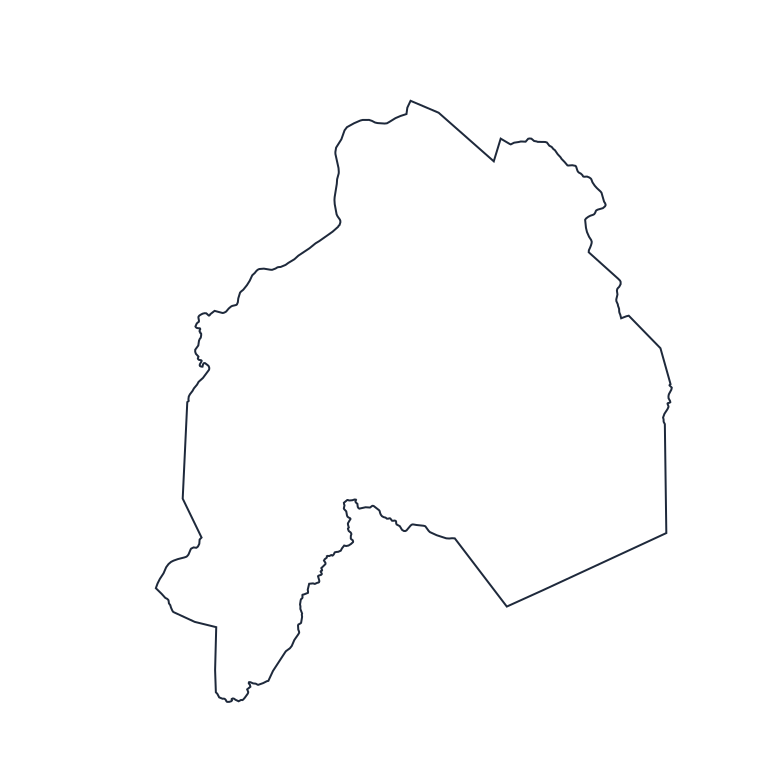 Jesus de Otoro, Intibucá, Honduras (Albers equal-area conic projection), rotated 254°
{"feature_id": "27666195B82528281460638", "entity_name": "Jesus de Otoro", "entity_type": "district", "adm_level": 2, "iso_a3": "HND", "parent_name": "Honduras", "parent_adm1": "Intibucá", "projection": "albers", "projection_center": [-88.024, 14.542], "detail": "fine", "context": "isolated", "style": "outline", "palette": "slate", "viewbox_px": 768, "rotation_deg": 254, "n_neighbors": 0, "source": "geoboundaries", "source_scale": "gbopen_adm2", "svg_char_len": 6154}
<svg xmlns="http://www.w3.org/2000/svg" viewBox="0 0 768 768"><g transform="rotate(254 384 384)"><path d="M250.6,108.4L243.6,112.4L238.7,114.8L237.3,116.3L236.0,117.1L235.1,117.2L232.4,116.8L230.3,117.6L227.9,117.6L224.9,118.0L223.3,118.4L222.5,119.1L207.5,136.5L196.5,155.7L155.6,142.8L134.0,137.4L132.1,138.4L128.2,139.2L126.0,142.0L125.6,143.5L125.2,144.1L124.0,144.8L122.4,145.1L121.7,145.6L121.1,147.6L121.2,149.9L121.8,150.7L122.8,150.6L123.2,150.8L123.4,152.1L122.8,153.1L121.3,154.3L119.1,156.8L119.7,159.5L119.2,160.7L119.4,161.5L120.7,163.6L124.0,167.8L125.3,168.6L128.2,168.3L129.8,172.1L131.7,172.2L133.5,171.5L134.1,171.7L134.6,172.2L134.1,173.5L132.3,175.6L131.3,178.1L129.8,179.6L129.5,180.2L129.8,185.4L130.6,189.5L130.5,191.0L138.8,198.2L153.7,215.4L154.3,216.3L155.9,220.7L157.6,223.1L162.7,227.3L167.0,232.6L168.3,233.9L169.4,234.1L171.6,233.9L175.6,234.8L176.4,235.4L176.9,237.7L177.3,238.5L181.7,240.6L182.8,241.1L184.9,241.4L185.9,242.0L190.8,241.6L193.4,242.4L195.2,242.5L199.3,244.4L200.2,245.2L200.5,246.2L201.2,246.8L203.7,247.4L203.9,247.9L203.8,249.1L204.2,253.3L205.0,253.7L207.3,254.0L212.6,257.0L211.9,260.8L210.9,262.4L211.3,265.3L211.2,266.3L211.4,266.9L212.1,267.4L213.1,267.6L217.4,267.6L217.8,268.4L217.9,271.0L218.3,271.7L218.8,271.9L221.2,271.4L221.6,271.9L221.6,272.7L221.9,273.1L222.4,273.2L224.3,273.0L227.0,278.0L227.6,278.3L228.4,278.4L230.8,277.6L231.9,278.7L232.8,281.0L233.4,281.4L234.2,281.6L234.3,282.5L233.7,284.0L234.1,286.1L233.9,286.6L233.3,287.0L233.3,287.5L234.0,288.7L235.7,290.2L235.7,291.9L235.3,293.7L235.7,296.5L237.6,298.3L239.7,301.2L238.7,302.9L238.5,305.4L239.3,308.1L240.5,310.6L241.1,310.9L242.3,310.9L244.1,309.6L244.7,309.5L247.3,310.3L248.5,311.2L249.4,311.3L250.5,311.0L252.4,309.6L254.7,309.4L255.1,309.6L255.7,310.6L258.7,310.6L260.0,310.9L262.7,313.7L263.2,314.4L263.7,314.6L264.3,314.4L265.6,313.0L266.7,312.3L268.0,312.2L272.0,312.6L274.7,311.2L275.5,311.1L278.3,312.6L279.6,312.5L280.9,312.7L282.6,316.7L282.5,317.2L281.7,318.3L281.4,319.4L281.0,321.5L281.1,323.8L280.6,325.1L280.3,325.2L279.4,324.4L278.7,324.1L277.3,324.6L276.2,325.4L273.2,324.9L271.9,325.2L271.0,325.9L270.6,332.3L269.1,336.5L270.1,339.1L270.0,339.7L269.5,340.5L264.0,344.5L263.0,344.8L261.2,344.7L259.3,344.9L257.5,345.6L256.1,347.0L255.1,348.7L253.8,349.6L253.4,350.8L253.4,352.2L253.0,353.0L250.4,354.0L250.0,355.0L249.8,356.6L249.2,357.5L248.3,357.7L246.7,357.3L245.5,357.4L243.0,360.0L238.9,361.1L237.3,362.5L236.8,363.8L237.0,365.2L240.5,370.4L241.0,371.5L241.2,372.5L240.8,373.7L239.5,376.4L236.9,382.8L236.2,384.1L235.6,384.6L230.6,386.4L229.0,387.3L224.1,393.0L218.5,401.3L217.5,404.1L217.0,406.9L216.1,409.5L136.2,440.7L142.0,480.1L162.9,614.3L268.0,642.9L270.6,642.4L273.0,643.0L274.8,643.0L278.1,645.4L281.7,649.6L283.5,651.1L284.2,651.3L286.6,651.1L287.1,651.2L287.4,651.8L287.3,653.5L287.6,654.2L288.8,654.3L291.9,653.6L293.9,654.1L295.6,655.0L299.3,658.6L301.1,659.6L301.7,659.4L303.9,658.1L304.6,658.5L304.9,659.4L342.2,659.6L382.2,638.1L382.3,635.7L381.8,630.1L385.7,630.2L387.0,630.0L388.5,630.0L391.5,630.7L394.8,630.5L396.1,630.7L399.6,630.2L401.3,630.6L405.7,633.1L409.5,633.6L411.0,634.4L411.8,635.4L412.6,636.9L414.8,639.0L417.0,639.6L418.3,639.4L420.5,638.2L454.2,617.1L456.1,617.8L458.4,619.8L460.4,621.3L462.2,622.4L463.5,622.9L465.4,622.8L469.0,621.7L474.1,621.0L478.5,621.2L486.4,622.6L487.4,623.8L488.4,626.4L488.9,628.8L489.0,631.5L489.3,632.9L490.5,634.3L491.9,635.3L492.4,636.0L492.7,637.6L492.7,642.9L493.9,645.5L495.0,646.4L496.6,646.4L498.7,645.8L507.8,645.8L509.2,645.3L513.5,642.7L516.6,641.2L520.3,640.0L523.7,639.7L524.5,639.4L525.9,638.3L527.4,636.4L528.1,633.4L528.7,632.6L530.1,632.3L531.3,631.6L532.1,631.1L533.4,629.7L534.8,628.9L536.4,628.7L539.9,628.6L540.9,628.2L542.4,625.3L543.2,621.4L543.6,620.6L547.6,618.8L551.5,616.7L553.3,616.2L557.0,614.3L561.5,612.8L562.3,612.3L562.9,611.7L565.7,610.5L567.5,608.6L571.2,607.2L572.2,605.7L574.4,598.5L575.2,597.4L576.2,595.3L579.2,593.3L579.9,591.5L580.0,590.2L577.9,586.9L579.4,582.4L579.5,580.1L580.1,575.6L579.4,571.9L580.1,571.0L587.7,563.8L567.8,550.9L629.7,511.3L648.9,487.6L643.2,482.6L637.3,480.0L637.1,473.9L636.4,468.3L634.6,461.9L633.8,458.7L634.2,456.4L636.6,449.7L637.8,447.5L640.2,445.0L642.0,442.4L643.7,436.4L643.8,433.9L642.9,427.1L641.1,419.2L638.7,416.0L631.0,410.5L624.4,403.1L620.4,401.2L618.5,400.7L604.1,399.8L600.3,399.0L598.9,398.5L593.8,395.4L589.4,393.8L577.3,388.1L574.6,387.1L570.4,386.2L560.1,385.2L557.9,385.6L554.2,386.9L552.8,387.0L551.4,386.6L549.7,385.5L548.9,384.9L548.7,384.1L547.8,383.3L544.6,376.6L539.2,361.1L538.1,357.0L535.0,349.7L531.0,337.1L528.6,332.2L526.8,325.5L525.6,322.2L525.0,316.9L525.4,315.1L525.5,313.7L524.9,311.6L524.6,308.0L525.1,306.4L528.0,300.3L528.9,295.8L528.6,294.0L527.6,292.1L526.4,290.5L524.8,287.3L520.3,283.4L516.8,279.5L513.4,274.7L512.3,272.1L511.5,270.8L506.4,267.5L502.8,266.0L501.0,264.5L500.7,263.5L500.9,259.6L500.6,258.2L499.4,255.6L497.2,252.3L496.9,251.4L496.6,249.5L496.8,248.3L501.0,241.3L499.0,236.3L498.2,235.4L498.0,234.7L498.1,234.4L500.9,232.7L501.5,231.1L501.6,229.2L501.3,227.5L500.7,225.4L499.9,224.3L499.0,223.9L496.0,223.6L495.1,223.3L494.7,222.9L494.4,221.8L493.7,220.6L491.3,218.6L490.4,218.8L489.5,219.5L488.7,221.0L488.4,222.1L488.0,222.5L487.2,222.4L486.2,221.5L485.3,221.2L484.8,221.3L484.3,221.7L483.7,221.5L482.9,222.1L481.5,221.8L479.0,220.6L478.2,219.4L476.6,218.1L472.2,216.1L469.0,212.0L467.0,211.4L464.9,211.5L461.5,213.2L459.9,212.1L459.1,212.2L458.3,212.7L457.2,214.8L456.7,215.1L456.0,214.8L453.8,212.5L452.9,212.0L452.0,212.1L451.1,213.1L450.7,214.3L452.5,215.3L453.4,216.1L453.7,216.9L453.3,217.8L450.3,220.0L449.4,220.4L447.9,220.5L446.7,220.2L445.8,219.6L439.7,211.6L437.2,206.4L434.9,204.1L432.2,200.1L430.1,198.0L427.6,194.6L425.8,192.9L423.3,191.8L421.6,191.6L420.8,189.9L329.3,158.9L286.7,166.3L285.3,163.9L281.3,162.4L279.1,160.4L278.6,159.4L278.3,158.4L279.4,155.9L278.9,153.2L278.5,152.7L273.9,149.0L272.7,147.2L272.4,146.2L272.3,144.4L272.5,137.6L272.2,133.0L271.7,130.3L270.3,127.2L267.9,124.1L262.8,119.9L258.4,114.8L254.6,111.3L250.6,108.4Z" fill="none" stroke="#1e293b" stroke-width="2"/></g></svg>